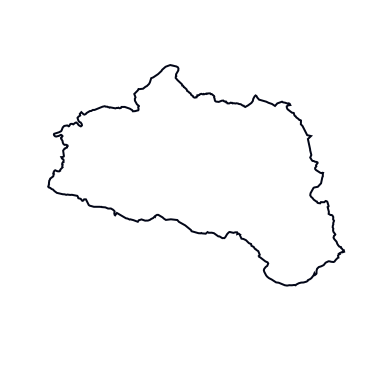 Sijunjung, Sumatera Barat, Indonesia, rotated 158°
{"feature_id": "22746128B5140836931072", "entity_name": "Sijunjung", "entity_type": "district", "adm_level": 2, "iso_a3": "IDN", "parent_name": "Indonesia", "parent_adm1": "Sumatera Barat", "projection": "orthographic", "projection_center": [101.017, -0.649], "detail": "fine", "context": "isolated", "style": "outline", "palette": "ink", "viewbox_px": 384, "rotation_deg": 158, "n_neighbors": 0, "source": "geoboundaries", "source_scale": "gbopen_adm2", "svg_char_len": 5951}
<svg xmlns="http://www.w3.org/2000/svg" viewBox="0 0 384 384"><g transform="rotate(158 192 192)"><path d="M323.3,250.5L322.9,249.7L321.8,248.8L321.1,247.4L320.0,246.4L319.2,244.4L317.6,241.8L312.6,238.3L310.9,237.5L309.7,236.5L308.5,236.3L306.0,234.9L304.4,234.4L299.8,231.4L299.6,230.5L299.7,228.8L297.8,227.4L297.0,224.9L296.0,224.8L294.8,225.6L293.1,224.9L292.6,218.6L292.0,217.7L288.6,215.1L281.4,212.1L281.3,211.8L278.1,210.2L276.0,208.1L273.4,207.1L271.9,205.2L271.1,203.5L271.1,202.7L272.0,201.5L272.3,199.8L272.0,199.2L269.5,200.7L263.0,192.3L261.8,191.6L260.1,189.8L259.5,189.8L256.9,187.9L253.4,184.7L252.0,185.7L249.1,185.5L246.2,183.0L243.5,182.0L241.6,181.9L239.8,182.3L237.8,182.4L235.7,183.3L235.5,182.9L234.9,183.6L233.0,183.9L231.8,183.4L228.8,179.5L228.0,177.8L226.7,175.9L221.8,174.6L216.1,171.5L215.3,169.2L210.8,163.6L207.2,157.1L207.1,155.8L201.3,151.3L199.6,150.5L198.7,150.5L198.4,150.0L194.9,148.2L192.6,149.0L191.7,147.9L189.0,146.9L187.1,145.6L184.2,141.0L183.1,140.5L181.2,137.9L179.6,137.3L179.2,137.1L177.8,137.8L175.2,139.8L173.0,140.8L172.0,140.8L168.9,138.6L167.0,138.4L165.3,137.7L165.3,136.8L165.8,136.0L164.3,135.9L163.6,134.7L163.8,134.7L163.6,130.2L161.9,129.2L160.0,127.1L158.4,123.3L156.7,121.6L157.0,119.8L155.4,118.0L155.0,115.8L154.3,115.1L154.1,114.3L152.7,112.3L152.7,108.4L154.8,107.2L154.5,107.4L153.3,105.9L149.9,100.1L148.3,98.5L148.1,97.2L149.9,95.3L151.7,94.9L153.8,93.7L154.7,92.6L154.9,91.0L154.5,86.9L154.0,85.3L152.9,83.3L150.9,81.0L147.9,76.7L145.6,75.4L140.9,70.8L138.9,69.6L136.6,69.1L134.4,68.1L132.0,67.5L130.9,66.7L130.1,67.1L127.2,67.4L124.7,67.1L122.4,66.3L119.2,66.0L117.8,66.4L117.6,66.8L115.2,67.0L113.6,67.4L110.5,69.2L109.0,70.7L109.0,69.0L107.6,69.4L107.1,69.8L106.0,72.4L104.7,74.0L102.6,74.9L99.9,74.7L97.3,74.9L94.6,76.4L92.1,76.6L91.3,76.6L90.1,76.0L89.3,75.3L87.1,74.1L86.0,74.1L84.0,75.3L81.6,76.3L80.8,76.3L80.4,78.4L79.3,79.0L79.5,79.1L78.6,79.1L78.9,79.7L77.8,80.0L75.0,80.1L74.9,79.7L73.3,79.6L73.1,81.2L73.7,81.4L74.3,83.6L74.7,84.1L74.5,85.1L75.8,86.1L76.4,87.8L76.7,89.6L76.6,91.8L77.7,94.9L77.9,96.6L76.8,98.1L75.4,98.6L75.0,99.0L75.8,102.2L75.5,103.8L74.7,105.1L74.8,106.6L73.9,108.2L73.1,109.0L72.7,110.3L71.1,112.1L71.4,113.7L70.4,115.9L70.6,117.6L71.2,118.4L72.2,118.8L73.5,120.5L72.5,122.4L71.9,127.2L70.9,127.4L70.6,127.8L70.2,132.0L70.6,133.0L71.5,133.6L73.2,133.0L76.3,134.3L77.4,133.5L79.2,134.5L79.7,135.1L79.8,136.3L80.2,136.5L82.0,139.3L82.5,141.2L83.4,143.0L83.6,144.7L82.5,146.5L77.9,150.2L77.0,150.4L73.4,149.7L69.1,151.7L65.6,156.9L64.9,157.4L63.8,160.0L63.3,160.6L63.9,161.0L64.8,161.0L65.8,161.7L68.8,165.9L69.2,167.3L68.7,168.3L67.1,169.2L67.1,170.1L66.4,170.8L64.6,171.9L64.6,172.5L65.2,173.2L66.5,173.9L67.6,175.2L68.4,175.5L68.9,176.2L69.5,179.6L67.5,181.6L66.8,186.5L66.5,187.3L64.7,197.7L60.7,199.3L63.9,201.6L64.8,211.8L65.7,214.0L64.2,217.4L64.4,217.9L65.5,218.6L65.8,219.6L67.4,222.2L67.5,223.2L68.1,224.0L68.3,224.6L68.1,227.2L69.6,228.1L72.4,232.9L72.5,234.6L72.1,235.9L70.4,236.3L68.3,235.8L68.4,237.2L69.1,238.0L70.4,238.3L72.2,239.9L74.0,241.0L74.7,242.0L79.7,242.2L82.8,240.7L84.9,243.7L87.6,246.0L89.3,247.9L95.2,252.5L96.1,255.1L96.3,256.9L96.9,257.7L98.1,257.2L100.2,255.5L101.6,253.5L103.6,252.3L107.6,251.3L110.8,250.9L111.6,251.9L111.7,252.6L112.6,253.1L113.9,255.1L115.5,256.0L116.1,256.7L117.5,257.6L118.6,257.8L120.0,258.7L121.2,259.0L121.4,259.6L122.1,259.8L122.5,260.3L124.3,260.2L125.9,260.9L125.9,261.6L126.7,262.2L126.6,263.0L127.4,263.2L127.5,263.7L128.5,264.3L128.8,265.1L130.3,265.5L133.4,265.5L135.8,266.8L136.4,267.6L136.4,269.0L136.1,269.8L136.1,271.4L135.6,272.0L135.6,272.8L137.1,275.5L137.9,275.7L138.3,276.7L140.0,277.3L141.5,277.4L141.5,277.8L144.4,278.1L144.6,278.6L145.5,278.6L146.7,279.6L148.2,279.6L148.8,279.2L150.8,279.6L151.0,278.8L152.2,278.7L152.4,278.1L154.0,278.4L154.6,278.8L155.2,279.7L155.2,280.5L156.4,282.5L156.4,283.9L157.5,285.5L157.6,286.2L158.6,287.4L158.6,289.2L160.0,292.2L161.0,292.7L160.2,292.6L160.6,294.1L161.2,294.4L161.0,295.7L163.5,301.1L164.4,303.9L163.5,305.5L163.2,305.4L162.7,307.1L159.2,309.8L158.3,311.6L158.4,312.9L159.4,314.2L164.7,317.9L169.6,318.0L173.9,316.5L174.9,315.7L179.3,314.0L185.0,312.8L187.2,312.8L189.9,309.5L191.3,308.3L194.2,307.1L195.7,307.0L198.7,306.1L202.3,307.1L203.0,307.5L204.2,306.5L208.8,304.5L208.9,300.9L210.1,299.8L210.7,298.0L210.2,293.9L209.0,291.7L209.1,291.4L210.1,290.9L210.5,288.8L211.2,287.9L214.5,288.3L216.6,289.0L216.8,290.3L218.5,292.6L222.4,296.0L225.5,297.3L226.4,296.6L227.0,296.6L228.0,296.9L228.7,297.8L229.4,297.7L230.4,298.2L231.6,298.2L236.1,301.1L236.7,301.0L237.2,301.7L238.0,302.0L238.4,302.7L240.1,303.5L240.7,304.2L243.0,304.6L251.6,304.6L253.1,305.2L255.2,304.9L256.4,305.3L260.2,304.7L261.0,304.2L262.6,304.0L263.4,304.6L264.7,307.5L266.8,306.4L267.0,304.8L269.0,304.4L270.4,303.6L270.6,300.4L270.0,298.9L269.2,298.2L268.8,296.3L269.0,295.1L269.8,294.6L270.5,294.5L271.4,295.5L272.1,296.6L272.5,298.4L273.3,299.8L274.1,299.9L276.8,299.2L277.6,300.1L278.6,300.5L279.4,300.5L281.3,299.1L281.9,299.2L282.4,300.2L282.9,300.5L285.7,301.1L287.6,300.3L290.1,297.7L290.7,297.4L293.0,297.2L298.0,297.6L298.5,297.1L298.6,296.2L298.1,295.0L297.2,294.3L294.5,293.9L292.1,294.1L291.6,293.6L291.1,292.5L291.2,292.2L292.2,291.8L292.5,291.2L293.2,291.2L293.4,290.5L292.9,288.0L293.3,286.1L293.2,284.7L292.6,283.5L291.1,283.0L290.0,281.9L290.0,281.2L291.0,280.8L291.2,280.1L293.7,280.0L294.0,279.6L294.6,279.6L296.0,278.6L297.3,273.3L297.8,272.9L299.0,272.9L300.1,273.3L300.0,271.7L299.1,270.4L299.1,269.7L299.9,267.9L300.4,268.1L301.6,267.2L301.7,265.9L302.1,265.9L302.2,265.1L302.8,264.2L302.7,263.4L305.2,262.3L306.2,261.6L306.3,261.1L307.5,260.9L309.1,261.7L310.7,263.4L311.7,263.2L312.5,262.3L312.9,262.2L313.4,261.3L313.3,260.7L313.8,260.7L313.8,259.9L314.8,258.5L318.5,257.5L318.9,256.8L320.0,256.1L321.4,253.7L321.6,252.8L322.1,252.4L322.6,251.3L323.2,251.1L323.3,250.5Z" fill="none" stroke="#020617" stroke-width="2"/></g></svg>